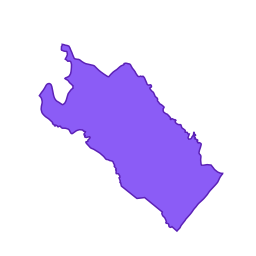 outline of Kaoh Thum, Kândal, Cambodia, rotated 129°
{"feature_id": "14789045B38672734120910", "entity_name": "Kaoh Thum", "entity_type": "district", "adm_level": 2, "iso_a3": "KHM", "parent_name": "Cambodia", "parent_adm1": "Kândal", "projection": "mercator", "projection_center": [105.071, 11.071], "detail": "fine", "context": "isolated", "style": "filled", "palette": "violet", "viewbox_px": 256, "rotation_deg": 129, "n_neighbors": 0, "source": "geoboundaries", "source_scale": "gbopen_adm2", "svg_char_len": 5833}
<svg xmlns="http://www.w3.org/2000/svg" viewBox="0 0 256 256"><g transform="rotate(129 128 128)"><path d="M177.3,25.1L176.4,25.1L174.3,24.9L173.0,24.8L172.0,25.0L170.8,25.3L169.8,25.4L163.7,25.5L162.7,25.7L158.2,25.5L156.2,25.4L154.2,25.4L152.4,25.5L150.2,25.7L148.4,25.7L147.0,25.6L143.5,25.7L141.9,25.6L135.7,24.7L134.1,24.6L130.1,24.5L126.4,24.8L124.8,24.8L122.0,24.6L117.8,24.3L115.8,24.2L113.9,24.2L112.4,24.5L109.6,25.2L108.1,25.5L105.6,25.7L104.3,25.6L103.7,25.9L104.4,26.8L105.1,28.2L105.8,30.7L105.8,34.7L105.3,36.6L105.0,38.0L104.5,40.1L106.7,43.5L109.4,45.9L110.2,46.9L110.6,47.5L109.9,48.7L108.0,50.6L106.9,51.6L104.5,53.2L103.8,53.9L103.4,54.8L103.3,55.6L103.2,56.2L102.8,57.1L102.0,57.6L100.2,58.5L98.8,59.0L97.7,59.4L95.0,60.6L94.3,61.2L94.2,61.8L94.3,62.7L94.6,63.5L95.4,64.0L95.4,64.8L95.0,65.0L94.9,65.9L94.6,66.3L94.3,66.3L93.9,66.0L93.6,66.2L93.6,67.0L94.3,69.3L93.5,69.3L93.1,69.8L93.2,70.6L93.1,71.0L92.7,71.3L92.3,71.4L91.7,71.2L91.3,70.9L90.8,71.4L90.9,72.0L90.7,72.8L90.5,73.1L90.0,73.5L89.8,73.8L90.0,74.1L90.3,74.0L90.7,73.8L91.2,73.3L91.9,73.0L92.8,72.7L94.6,72.7L95.9,72.3L96.6,72.3L97.4,72.7L98.4,73.8L98.2,74.3L98.1,74.7L97.7,75.3L96.4,75.8L95.7,76.0L94.1,76.6L94.7,77.4L94.8,77.8L94.2,79.1L94.2,79.5L94.7,80.1L95.2,80.7L95.2,81.2L94.5,81.5L94.0,81.9L93.8,82.3L93.8,83.7L93.9,85.7L93.9,86.1L93.8,86.5L92.3,88.8L92.4,89.4L93.4,90.6L93.9,91.8L94.0,93.8L93.9,94.4L93.6,95.0L92.9,95.6L92.0,95.5L91.8,95.9L91.9,96.6L92.4,97.3L92.7,98.1L92.8,98.8L93.0,99.5L93.4,99.8L94.3,99.9L94.5,100.1L94.4,100.8L94.0,100.8L93.4,101.3L93.2,101.8L93.1,102.6L92.9,103.4L93.0,103.8L92.8,104.2L92.7,105.2L92.6,106.0L92.7,106.6L93.0,107.4L93.1,108.0L93.2,110.0L93.0,110.7L92.8,111.1L92.2,111.8L90.8,112.8L89.8,112.8L89.2,113.0L89.0,113.3L88.9,114.4L88.9,116.1L88.9,116.9L89.2,117.7L89.1,118.4L89.1,119.0L88.7,120.3L88.5,121.6L88.3,122.2L87.9,122.6L87.4,122.8L86.7,123.5L86.4,124.2L86.4,124.7L86.4,125.6L86.4,126.7L85.5,128.3L84.5,130.3L84.3,131.0L84.3,132.8L84.1,134.0L83.9,134.8L83.5,135.9L83.2,136.2L82.5,136.1L82.0,135.8L81.2,135.7L80.4,136.5L80.2,137.0L80.2,137.4L80.4,137.9L81.7,138.9L81.9,139.5L82.0,140.4L81.7,141.2L81.1,142.1L79.8,144.6L78.8,146.5L78.5,147.4L78.3,148.6L78.4,149.0L78.7,149.2L79.2,149.4L79.5,150.2L79.7,150.8L80.1,151.1L80.5,151.2L80.9,151.6L81.3,152.1L81.5,153.2L80.7,155.8L80.4,156.7L80.0,157.4L79.6,158.6L79.0,161.0L78.9,161.9L78.0,164.2L77.2,166.1L77.3,167.1L78.0,168.5L78.3,169.0L78.4,169.5L79.0,170.4L79.2,170.7L79.5,170.9L79.8,171.2L80.4,171.6L81.1,171.1L81.6,171.2L84.2,172.5L85.8,172.9L87.8,173.2L89.6,173.5L91.5,174.1L93.7,174.7L97.0,175.1L100.2,175.2L100.7,175.9L100.9,176.8L101.0,177.8L101.3,180.9L101.5,184.4L101.5,186.9L101.3,189.5L101.1,191.3L100.9,193.2L101.3,194.6L102.0,196.0L102.7,197.5L104.6,201.3L105.1,203.4L105.4,205.8L105.4,208.0L105.7,209.4L106.6,210.8L107.6,212.6L107.7,213.7L105.9,217.1L104.7,219.1L103.5,221.5L102.3,223.6L101.6,225.4L101.8,226.2L102.2,227.3L103.1,228.9L103.7,230.6L104.4,231.8L104.9,231.3L105.5,231.1L106.7,230.9L107.4,230.3L108.7,229.4L109.1,229.0L109.3,228.5L109.1,228.1L108.9,227.6L108.8,226.8L108.1,225.3L107.3,224.2L107.2,223.7L107.3,223.2L108.2,222.3L108.5,221.8L109.1,221.3L110.3,220.9L111.2,220.6L112.3,220.4L113.1,220.3L114.0,220.1L113.8,218.7L114.0,216.9L113.6,216.4L113.0,215.8L112.5,215.0L112.6,214.1L113.1,213.3L113.7,212.5L114.3,211.8L116.8,209.9L119.8,207.9L122.0,206.8L124.4,206.4L125.7,206.7L127.2,207.4L128.4,208.1L129.2,208.2L129.3,207.8L129.1,206.3L128.9,205.6L128.8,204.6L129.1,203.4L129.4,202.4L129.6,201.2L129.6,200.2L129.8,198.1L129.8,197.3L130.7,196.7L131.7,195.8L133.7,196.3L135.3,196.3L138.9,196.1L140.8,195.4L145.3,193.5L146.8,193.1L148.6,192.8L150.5,193.2L151.2,193.8L151.6,198.2L151.9,200.2L151.8,201.6L151.2,203.6L150.1,205.5L148.8,207.2L146.2,210.3L144.8,212.0L143.6,213.5L142.7,215.2L142.7,216.4L143.0,217.2L143.5,217.7L144.4,218.3L145.3,218.5L146.3,218.5L149.7,217.9L152.4,217.6L154.6,217.6L156.9,217.4L158.7,217.2L158.7,216.6L159.1,214.7L159.7,213.5L161.2,211.6L162.5,210.5L165.6,209.0L168.0,207.4L169.0,206.2L170.2,204.5L170.7,202.9L171.0,200.9L171.1,199.1L170.8,195.5L170.9,193.3L171.2,190.1L171.8,189.7L171.9,189.2L172.2,188.8L172.1,188.4L172.0,187.8L172.1,187.3L172.4,186.7L172.5,186.3L172.2,185.9L171.7,186.3L171.4,186.2L171.1,185.6L170.9,184.0L171.2,183.4L170.9,182.9L170.3,182.7L169.9,182.4L169.4,182.0L169.2,181.5L169.5,181.0L169.6,179.5L169.4,178.8L167.8,176.8L167.3,175.9L166.9,174.9L166.5,173.7L166.5,172.5L166.9,171.6L167.9,169.2L167.9,168.9L167.9,168.4L167.7,168.1L167.3,167.7L163.3,166.6L162.2,166.2L161.1,165.5L159.9,164.7L159.2,163.7L158.1,162.0L158.4,160.5L158.0,159.9L157.8,159.2L157.7,158.7L158.4,158.5L159.4,158.5L160.3,158.4L160.9,157.9L161.1,157.3L160.7,156.7L161.0,156.5L161.6,156.4L162.1,156.1L162.1,155.7L161.9,155.0L161.7,154.5L159.1,152.5L159.0,151.9L159.2,151.5L160.4,151.2L162.0,151.5L162.9,151.4L163.7,150.8L164.2,151.1L164.9,151.8L165.4,151.9L165.8,151.5L166.1,150.6L166.3,149.3L166.4,148.5L167.0,144.7L166.8,143.6L166.4,142.3L166.1,141.2L165.6,137.4L165.4,135.8L165.2,134.0L165.4,129.0L166.0,126.2L166.1,125.3L165.9,124.8L165.6,124.2L165.2,123.6L165.0,123.3L165.0,122.6L164.8,121.7L164.0,120.3L163.8,119.8L163.7,119.1L163.7,118.3L164.4,117.2L165.2,115.2L165.6,114.8L166.2,114.8L166.5,114.5L167.0,111.9L167.3,111.3L168.2,111.3L168.5,110.9L168.5,110.3L169.8,109.5L170.6,108.8L170.8,108.4L170.4,107.7L170.0,107.3L169.6,106.5L170.2,105.1L170.4,104.3L171.4,103.3L172.3,103.6L173.1,102.3L173.6,101.5L173.9,100.8L174.4,100.4L175.1,100.2L175.4,99.9L175.2,99.3L177.3,96.6L177.2,78.6L177.1,76.7L171.6,71.3L171.7,48.4L173.0,48.0L173.6,47.3L174.0,46.5L174.4,45.6L174.6,43.1L175.0,42.2L175.6,40.9L176.6,39.3L177.6,39.1L178.0,38.3L177.4,37.5L177.2,36.9L177.2,35.8L178.2,34.8L178.6,34.3L178.8,33.6L178.6,32.7L178.1,32.1L177.0,31.8L177.3,25.1Z" fill="#8b5cf6" stroke="#5b21b6" stroke-width="1.5"/></g></svg>